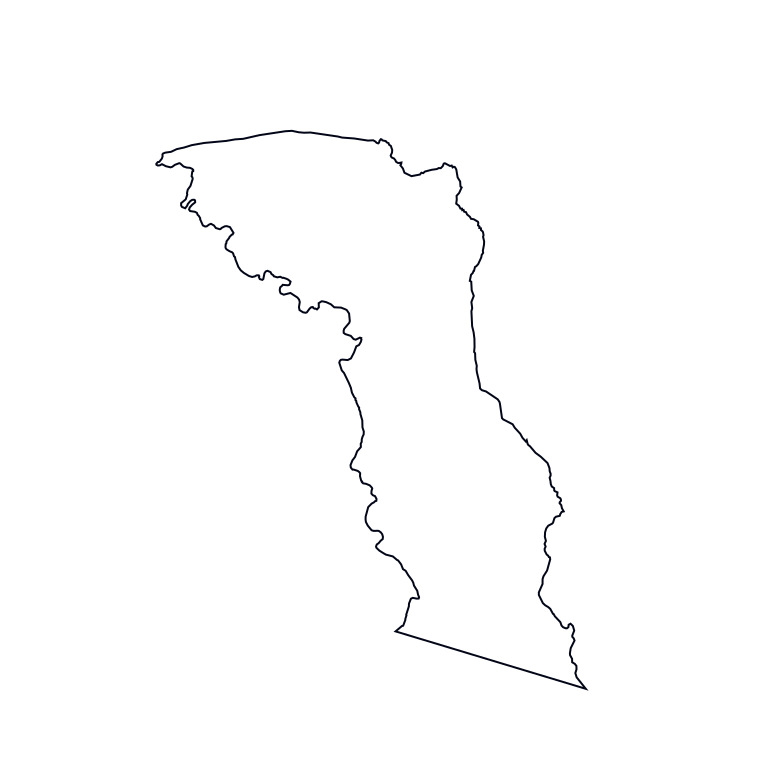 outline of Wampusirpi, Gracias a Dios, Honduras, rotated 287°
{"feature_id": "27666195B3053537582037", "entity_name": "Wampusirpi", "entity_type": "district", "adm_level": 2, "iso_a3": "HND", "parent_name": "Honduras", "parent_adm1": "Gracias a Dios", "projection": "mercator", "projection_center": [-84.653, 15.069], "detail": "fine", "context": "isolated", "style": "outline", "palette": "ink", "viewbox_px": 768, "rotation_deg": 287, "n_neighbors": 0, "source": "geoboundaries", "source_scale": "gbopen_adm2", "svg_char_len": 6166}
<svg xmlns="http://www.w3.org/2000/svg" viewBox="0 0 768 768"><g transform="rotate(287 384 384)"><path d="M613.9,302.4L612.1,297.5L610.1,283.8L607.4,271.8L607.2,267.7L603.0,240.2L600.9,234.0L599.8,228.8L599.2,222.0L596.9,215.8L585.6,192.2L577.3,177.7L574.4,170.1L570.4,162.2L562.0,141.7L556.2,130.3L551.7,123.7L548.0,117.1L543.8,112.5L541.3,107.2L539.9,105.4L538.8,105.0L536.9,105.7L534.7,105.7L530.8,104.2L530.0,102.7L527.9,101.9L527.1,102.3L526.8,103.8L527.5,105.6L529.3,107.4L528.5,111.8L528.8,116.6L529.9,118.1L532.4,119.9L535.3,123.6L535.3,124.7L533.4,128.7L533.3,132.0L534.0,135.3L533.6,137.9L532.9,139.0L531.8,139.3L531.4,138.6L530.7,138.6L526.3,139.3L525.6,140.4L524.1,141.1L516.8,141.0L512.5,139.5L508.8,139.8L507.7,140.5L502.6,140.4L497.6,137.1L495.4,137.8L494.3,138.9L493.9,142.5L497.1,143.7L498.6,143.7L502.2,145.2L504.0,146.7L504.7,148.5L504.4,149.6L502.5,150.3L499.3,148.1L496.0,146.6L493.8,146.6L492.7,148.0L493.4,152.8L493.0,155.0L491.2,156.4L490.8,157.5L488.9,159.7L487.8,160.0L482.7,164.4L482.3,166.9L483.0,168.4L485.5,170.3L486.6,171.7L485.9,175.0L484.0,177.6L484.0,181.6L484.3,182.3L485.8,183.1L488.3,185.7L489.0,187.5L489.0,190.8L484.5,195.9L482.7,195.5L482.4,194.8L479.5,193.3L478.4,193.2L474.4,191.7L472.2,192.1L471.5,191.7L468.5,192.4L467.4,193.1L466.7,194.2L465.9,197.1L465.5,200.4L464.8,201.5L462.2,203.3L461.8,204.4L459.7,205.5L453.4,210.5L450.8,213.8L449.3,217.4L447.8,223.3L447.8,226.6L449.2,229.1L450.6,230.3L451.3,232.5L450.6,233.2L449.5,233.2L448.0,234.6L448.0,237.2L449.1,237.9L454.9,237.3L457.1,238.0L458.2,239.5L457.8,242.8L456.3,244.2L455.6,246.4L454.8,247.1L454.8,250.8L456.2,253.4L455.8,255.9L456.2,256.7L456.1,260.0L455.8,261.8L454.6,264.7L452.1,264.7L451.0,264.3L450.3,263.2L449.2,258.1L448.5,258.0L446.3,256.6L445.2,256.5L443.1,256.9L441.2,258.0L440.5,258.7L440.1,262.0L443.7,267.9L441.4,275.9L439.9,278.1L437.7,279.5L432.6,280.2L430.0,281.6L428.9,285.6L429.2,288.2L430.0,289.3L434.3,290.8L436.1,291.9L436.8,293.4L436.1,294.1L435.7,295.6L436.1,296.3L435.7,298.1L438.2,299.3L442.2,297.9L444.8,300.1L445.1,301.2L445.4,304.8L444.7,309.9L442.8,314.0L444.5,320.6L444.1,325.3L443.8,326.8L441.2,330.0L434.2,332.9L432.4,332.9L425.2,329.8L423.3,329.8L421.1,330.5L420.4,332.4L420.3,338.2L418.1,341.8L418.1,344.0L421.3,347.4L421.3,348.8L420.6,348.8L419.8,349.5L417.3,349.5L414.0,348.7L411.9,346.5L405.3,346.1L398.8,344.9L396.3,342.3L395.2,337.2L394.5,335.7L393.1,335.0L391.3,335.0L384.7,339.6L382.8,342.6L374.7,350.1L370.7,353.4L366.3,355.9L362.6,359.5L361.9,361.0L360.4,361.3L359.7,362.4L358.2,363.1L354.9,366.0L354.2,367.1L352.7,367.5L350.1,369.6L348.3,370.3L342.8,373.9L336.2,376.1L332.6,378.6L329.7,379.3L327.5,378.9L324.6,378.9L322.0,379.6L320.2,379.2L316.9,380.3L311.8,378.0L305.7,377.6L301.7,376.1L296.6,375.7L294.4,376.7L292.9,378.9L293.3,380.0L293.2,384.4L292.5,386.2L291.7,387.3L288.8,388.0L284.8,390.5L284.4,391.6L283.7,391.6L282.9,393.1L283.3,396.0L282.9,400.0L281.4,402.6L280.7,403.3L278.1,403.3L275.5,404.0L274.4,405.8L274.1,408.3L271.8,410.5L270.0,410.8L269.3,409.7L267.9,409.0L266.1,407.2L261.7,404.9L251.9,405.2L249.3,405.9L246.8,407.0L243.8,409.9L240.5,414.9L240.5,417.1L241.9,421.2L241.9,422.3L241.1,424.5L239.7,426.3L237.5,427.7L235.3,428.1L233.1,426.6L230.2,425.4L228.4,424.0L226.2,423.9L225.1,424.7L223.3,428.3L222.2,432.3L221.4,435.6L221.7,442.9L219.5,448.0L219.4,449.1L216.5,453.1L212.5,456.3L211.7,459.3L208.4,462.9L204.4,468.3L202.5,470.1L200.0,471.6L195.9,476.3L192.6,478.1L190.4,479.9L189.0,479.9L188.3,478.0L187.9,474.0L186.5,472.5L181.4,472.1L178.5,472.8L169.8,472.7L169.4,473.1L165.4,473.1L164.7,473.4L158.5,473.0L157.8,471.9L150.8,467.4L151.5,666.1L159.8,654.0L163.5,651.5L167.5,651.5L170.7,650.4L172.2,648.2L172.9,645.3L176.2,644.2L179.1,641.2L180.9,640.5L186.0,639.8L194.4,641.2L196.2,639.8L197.3,638.0L198.4,637.6L203.8,638.0L207.8,635.4L209.3,632.5L207.8,631.0L205.3,631.4L203.8,630.3L203.5,628.8L203.8,626.3L204.9,624.4L207.8,622.3L211.8,615.3L213.6,613.5L213.6,612.8L217.6,608.7L218.7,606.2L219.5,602.9L220.9,600.0L227.5,593.8L230.0,593.0L239.1,594.1L243.8,592.7L246.7,592.7L253.3,594.5L264.9,594.2L266.7,593.4L266.7,592.3L267.8,591.2L268.5,589.4L271.5,586.5L273.3,585.8L275.8,586.1L278.0,584.3L281.3,584.7L284.9,582.5L289.3,581.4L293.3,581.4L296.5,582.5L299.8,585.8L300.9,586.2L305.6,586.2L307.4,587.3L309.3,590.6L311.1,590.6L313.6,591.3L314.7,593.1L317.2,590.5L320.0,588.9L321.3,586.8L322.3,586.6L324.0,587.4L325.3,586.9L326.3,586.0L327.0,583.0L328.2,582.1L331.1,581.6L331.5,578.5L332.0,577.9L334.2,577.1L335.0,574.4L337.0,572.8L339.8,571.6L342.8,569.8L345.1,570.1L346.9,569.6L348.8,568.1L352.1,566.7L356.2,563.5L360.3,555.2L362.5,549.0L367.2,541.7L367.8,539.9L368.8,538.8L372.0,536.9L370.5,536.4L373.0,532.2L376.3,528.8L380.4,521.8L383.1,518.8L385.0,508.3L385.9,506.8L399.1,500.6L400.7,499.6L402.6,497.2L406.7,483.7L406.7,479.4L407.8,477.2L412.5,475.2L422.2,469.5L425.3,468.1L428.5,467.4L433.8,464.3L440.1,462.1L441.0,460.8L445.8,459.8L453.8,457.2L459.6,454.6L465.0,451.4L479.2,446.3L482.2,446.2L488.0,443.6L494.5,444.1L499.2,440.5L507.4,437.5L507.7,435.9L513.9,435.3L516.0,436.4L518.3,436.6L518.5,437.0L522.5,436.8L523.6,437.8L526.1,439.0L533.4,440.0L536.1,439.7L538.4,440.5L540.2,439.6L546.4,438.9L549.6,438.1L553.7,435.7L555.4,435.7L558.1,434.3L558.8,433.6L559.6,431.7L561.2,431.2L561.1,429.5L562.5,429.3L563.2,427.5L565.6,427.1L566.6,426.4L567.8,421.7L567.4,418.9L569.0,417.3L570.4,413.9L572.3,412.2L572.2,410.3L573.7,409.2L573.1,408.0L574.5,407.4L574.1,405.8L576.3,403.7L577.6,400.3L581.5,399.7L585.2,398.4L588.6,400.0L594.7,400.8L595.2,399.4L599.9,397.6L603.1,394.0L610.3,390.4L612.1,388.5L612.2,387.3L611.2,386.3L612.7,384.9L611.8,383.4L612.9,377.7L612.2,376.7L609.6,376.5L607.0,375.2L606.5,373.2L605.0,371.7L602.8,367.0L599.2,361.1L597.1,359.8L597.0,358.0L594.8,357.1L590.8,349.5L592.0,341.8L595.6,339.1L598.0,335.7L599.6,336.1L600.9,335.9L599.7,333.7L599.5,332.4L600.1,330.5L601.4,329.4L602.6,327.6L602.8,325.5L603.4,324.4L604.4,323.6L607.7,324.0L610.3,323.4L613.7,320.9L614.3,318.9L615.7,317.9L615.9,315.9L616.8,314.7L616.5,311.2L617.2,310.3L617.2,309.4L615.1,308.6L613.4,308.7L612.4,308.1L612.5,306.4L613.3,305.0L613.9,302.4Z" fill="none" stroke="#020617" stroke-width="2"/></g></svg>